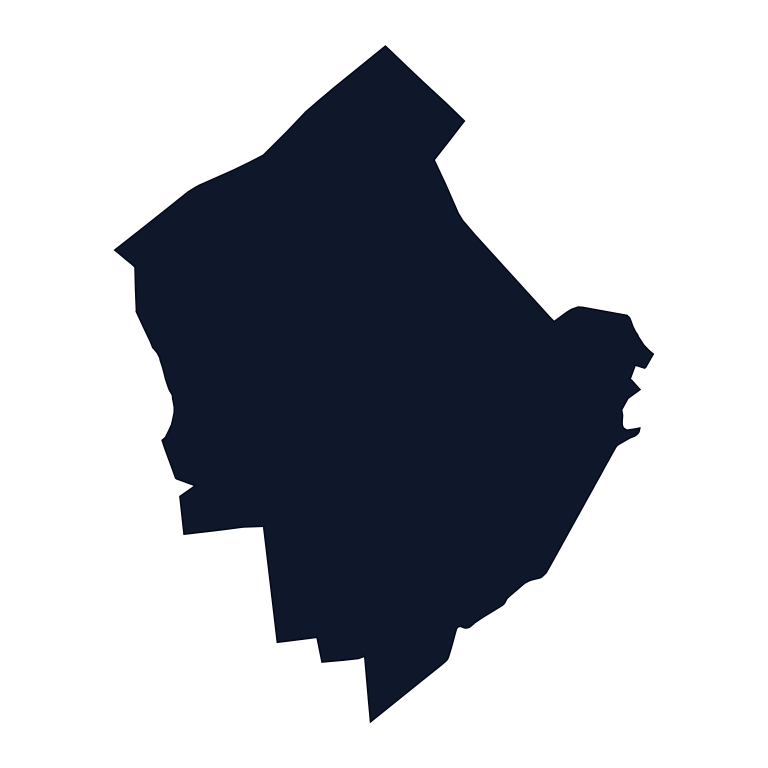 Maldaeni, Teleorman, Romania (orthographic projection)
{"feature_id": "2599482B94583285003056", "entity_name": "Maldaeni", "entity_type": "district", "adm_level": 2, "iso_a3": "ROU", "parent_name": "Romania", "parent_adm1": "Teleorman", "projection": "orthographic", "projection_center": [24.922, 44.112], "detail": "fine", "context": "isolated", "style": "filled", "palette": "ink", "viewbox_px": 768, "rotation_deg": 0, "n_neighbors": 0, "source": "geoboundaries", "source_scale": "gbopen_adm2", "svg_char_len": 2946}
<svg xmlns="http://www.w3.org/2000/svg" viewBox="0 0 768 768"><path d="M179.9,496.4L184.0,534.2L186.0,534.0L223.3,529.6L243.1,527.0L263.6,526.3L263.6,526.5L270.3,582.8L277.3,642.3L289.6,640.8L317.0,637.3L322.0,662.1L323.9,661.9L327.0,661.6L343.1,660.2L358.4,658.5L364.7,656.2L368.4,698.9L370.5,721.9L373.8,719.2L412.8,687.8L443.0,663.6L446.3,660.6L447.5,659.2L447.9,658.3L448.6,656.6L450.8,649.4L453.1,641.2L453.2,640.9L454.9,634.4L456.1,630.2L456.2,629.6L456.7,628.5L457.0,628.0L457.1,627.9L457.3,627.6L458.2,626.9L458.9,626.7L459.7,626.4L460.5,626.4L461.3,626.6L463.0,627.3L463.9,627.7L464.9,627.9L465.8,628.0L467.3,627.9L468.5,627.5L469.2,627.3L470.1,626.7L470.8,626.2L473.7,623.7L473.9,623.5L474.5,622.9L479.6,619.4L482.3,617.6L502.5,605.2L503.3,604.4L504.0,603.8L505.1,602.1L506.6,599.1L506.8,598.8L507.0,598.6L507.6,597.9L508.5,597.0L522.8,584.7L524.0,583.7L525.7,582.6L527.6,581.6L528.7,581.0L529.5,580.7L531.1,580.1L532.4,579.7L539.5,578.0L540.7,577.6L541.5,577.1L542.8,576.0L545.0,573.9L546.3,572.5L547.2,570.9L550.0,566.0L550.1,565.8L566.4,536.4L590.8,492.3L592.7,488.9L593.5,487.4L595.4,483.9L598.1,479.1L600.8,474.3L603.9,468.5L607.1,462.7L608.3,460.7L608.9,459.5L613.8,450.7L614.0,450.4L615.3,448.0L616.2,446.6L617.0,445.7L617.9,444.9L619.0,444.2L629.0,438.4L630.4,437.7L633.7,436.4L634.6,436.1L635.4,435.6L636.0,435.1L636.3,434.9L636.6,434.7L637.4,433.9L638.3,432.9L638.7,432.3L639.0,431.7L639.4,430.3L639.8,428.0L635.6,428.9L626.8,430.2L623.3,427.9L622.3,425.2L622.1,422.2L622.6,415.3L621.6,409.8L628.0,398.3L640.0,389.6L639.2,388.7L638.4,387.9L637.7,387.0L636.9,386.2L636.2,385.4L635.4,384.5L634.7,383.8L634.3,383.2L633.5,382.4L632.7,381.5L631.9,380.6L631.1,379.9L630.4,379.0L629.8,378.4L630.7,377.5L634.3,367.7L635.2,365.1L644.6,368.1L645.4,367.6L646.0,366.9L646.8,365.4L651.6,356.9L653.3,354.1L649.3,350.8L648.5,350.0L645.4,346.8L643.8,345.1L642.8,343.6L638.3,336.7L637.8,335.3L636.5,333.1L635.9,332.6L633.1,327.0L632.3,325.0L631.0,321.3L629.6,317.8L627.0,315.4L582.5,307.3L578.2,307.0L571.7,309.3L566.4,312.5L554.1,321.6L549.7,317.1L474.7,234.6L462.5,220.3L458.3,213.4L445.8,184.8L434.1,159.9L447.6,142.7L453.5,135.1L460.3,126.2L464.4,121.0L446.9,104.0L423.1,82.0L406.6,66.4L394.1,54.4L385.4,46.1L356.4,69.6L334.2,87.6L319.5,100.0L305.8,111.8L304.8,112.9L286.6,132.0L263.3,155.2L249.2,162.5L231.7,170.9L199.6,185.1L195.2,187.5L188.0,192.0L178.7,199.4L169.4,206.9L137.1,232.5L125.5,241.6L114.7,250.1L117.6,252.4L121.0,255.2L126.1,259.5L132.9,265.1L135.0,267.2L135.5,288.4L136.4,310.6L136.2,311.4L140.1,319.8L143.9,328.0L150.4,341.7L152.8,347.7L153.7,348.5L157.2,352.8L159.8,357.8L160.2,360.1L162.7,367.7L164.4,374.3L165.5,378.9L168.4,387.5L169.2,389.6L172.3,395.0L172.8,399.2L174.3,407.3L174.2,412.4L173.4,416.6L171.6,424.6L168.9,430.5L165.5,437.4L162.1,440.3L165.1,449.3L172.3,468.8L175.6,478.1L176.7,478.9L195.3,485.7L194.2,486.4L192.7,487.5L180.5,496.0L179.9,496.4Z" fill="#0f172a" stroke="#020617" stroke-width="1.5"/></svg>